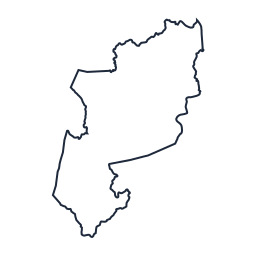 the district of Colomoncagua, Intibucá, Honduras, rotated 182°
{"feature_id": "27666195B91470082357426", "entity_name": "Colomoncagua", "entity_type": "district", "adm_level": 2, "iso_a3": "HND", "parent_name": "Honduras", "parent_adm1": "Intibucá", "projection": "natural_earth1", "projection_center": [-88.292, 13.988], "detail": "fine", "context": "isolated", "style": "outline", "palette": "slate", "viewbox_px": 256, "rotation_deg": 182, "n_neighbors": 0, "source": "geoboundaries", "source_scale": "gbopen_adm2", "svg_char_len": 5824}
<svg xmlns="http://www.w3.org/2000/svg" viewBox="0 0 256 256"><g transform="rotate(182 128 128)"><path d="M57.7,164.3L57.4,165.3L57.6,166.3L57.0,167.2L57.3,167.6L58.4,168.2L58.6,168.4L58.3,169.6L58.3,170.2L58.8,173.2L59.2,174.6L59.3,176.1L59.5,177.0L59.7,177.4L60.0,177.7L61.1,177.5L61.2,177.9L60.8,178.5L60.7,179.1L62.8,180.4L63.2,180.9L62.9,182.7L62.0,184.1L62.2,185.0L62.1,185.8L61.9,186.6L62.0,187.1L64.2,190.2L64.8,191.2L65.0,191.9L64.8,192.6L64.2,193.3L64.0,193.8L64.0,194.3L64.3,196.0L64.0,197.1L62.9,199.2L61.9,201.5L61.8,202.5L62.3,204.3L62.2,204.8L60.4,205.5L59.8,206.6L59.1,207.6L58.1,208.4L57.7,208.3L56.8,207.5L56.2,207.4L55.9,207.5L55.7,208.0L55.4,208.3L55.3,208.6L56.3,209.9L56.4,210.2L56.4,210.4L56.2,210.7L56.9,217.3L57.7,224.5L57.9,228.0L58.4,231.8L59.2,233.5L59.7,234.4L61.8,237.2L62.8,238.2L62.7,237.0L62.8,236.5L64.3,234.9L65.7,233.7L66.0,233.0L66.2,231.5L66.5,231.1L67.1,230.7L69.0,230.5L71.0,231.1L73.4,232.1L74.8,233.1L77.8,236.0L78.7,236.5L79.5,236.6L80.0,236.3L81.9,233.1L82.8,233.5L83.3,233.6L83.8,233.4L84.1,233.6L84.3,233.9L84.3,235.3L84.4,235.7L84.6,235.8L86.2,235.4L87.3,235.4L88.3,235.5L89.4,236.0L89.8,236.4L90.3,237.2L91.5,237.0L92.7,237.5L93.3,237.6L94.6,236.4L94.9,235.9L95.1,235.2L95.0,234.9L94.4,233.8L94.4,231.6L93.9,229.7L93.9,229.0L94.9,227.2L95.6,226.8L96.1,226.1L97.2,224.3L98.8,223.6L100.2,223.5L100.4,223.3L100.7,222.4L100.8,222.3L101.3,222.4L101.8,222.6L102.9,223.8L103.4,223.8L103.8,223.2L104.6,221.1L105.5,220.0L105.9,219.8L107.3,220.1L108.1,219.7L111.5,216.9L111.8,216.3L112.3,215.1L112.8,214.5L113.9,214.2L117.7,213.6L118.4,212.7L119.3,212.0L119.6,211.0L120.0,210.5L120.7,210.5L121.9,210.7L123.4,212.0L124.0,212.7L124.5,213.2L125.4,213.7L126.1,213.6L126.4,213.8L126.6,213.9L127.0,215.5L127.6,216.1L128.2,216.3L129.2,216.2L131.5,214.8L133.0,214.4L133.4,213.9L133.9,212.8L134.3,212.4L135.5,211.7L136.2,211.5L136.8,211.1L137.3,211.1L137.8,211.3L139.0,212.4L139.3,212.4L139.7,212.3L140.3,211.7L140.9,210.6L141.4,210.2L142.0,210.0L142.6,209.3L143.0,208.5L143.6,206.5L144.1,206.2L144.7,206.4L145.0,206.1L145.2,205.8L145.3,204.5L145.2,203.9L143.7,202.8L143.3,202.1L143.1,201.2L142.2,200.1L142.0,199.8L142.0,198.8L142.2,198.2L142.7,197.9L143.5,197.8L144.1,197.4L144.7,196.9L144.9,196.3L144.7,195.7L144.4,195.5L143.8,195.2L143.4,194.5L143.1,193.1L143.9,193.0L144.0,192.7L143.8,192.2L142.7,190.9L142.6,190.6L142.8,189.4L142.4,189.1L142.1,188.1L142.4,186.1L142.8,185.3L143.2,185.1L144.3,185.4L144.9,185.4L145.0,185.1L144.9,184.4L146.1,184.1L146.8,183.3L147.2,183.4L147.6,184.6L147.7,184.8L148.0,184.9L148.6,184.5L170.7,182.6L179.5,184.2L186.6,166.6L184.1,164.0L183.6,163.9L183.0,163.3L182.2,162.1L181.8,161.6L180.1,160.4L179.1,159.2L178.2,158.5L176.0,156.3L175.2,155.1L174.1,152.4L173.1,150.8L172.6,149.7L172.3,149.3L170.9,148.4L170.7,147.8L170.8,147.0L171.4,145.5L171.4,145.1L170.7,143.1L170.8,141.7L170.6,140.2L171.0,138.4L170.8,136.7L171.1,135.6L171.3,135.2L171.8,132.7L171.3,132.1L171.2,131.3L171.5,130.7L172.3,129.8L172.4,128.8L172.1,127.6L171.7,127.2L171.0,127.0L170.6,127.0L169.9,127.4L169.6,127.4L169.2,127.0L169.0,126.3L169.0,125.9L169.2,124.3L169.2,122.6L169.0,121.8L168.6,121.2L169.4,121.2L170.4,121.4L170.7,121.3L171.6,120.3L172.0,120.1L173.9,120.0L174.1,119.8L174.8,117.3L175.9,115.7L176.5,115.4L176.9,115.5L177.1,116.5L177.6,117.1L178.0,117.1L179.0,116.7L180.2,116.5L181.3,116.6L181.8,116.8L183.1,118.0L183.8,118.3L185.8,119.6L186.3,120.1L187.1,121.9L187.7,123.0L188.1,123.2L188.8,123.0L191.1,113.8L192.2,101.4L194.1,94.3L195.0,90.3L195.5,85.4L196.8,81.8L198.1,67.8L200.7,58.3L193.1,50.2L192.9,49.4L192.3,48.7L191.3,48.4L189.7,47.7L188.4,47.5L187.4,46.7L186.6,45.6L186.1,45.2L184.6,44.9L183.8,44.9L183.1,45.1L182.6,45.0L182.3,44.5L181.6,42.5L180.3,41.7L179.8,41.2L178.1,40.3L177.8,39.3L177.5,37.6L176.4,34.3L173.6,31.3L171.8,29.7L171.6,28.7L171.8,27.8L170.6,26.9L170.6,24.0L170.8,23.1L170.8,21.8L170.7,21.2L170.5,20.6L170.6,20.3L170.2,19.7L169.3,19.2L168.1,18.9L164.1,19.9L163.4,19.9L162.5,19.6L161.7,18.5L160.9,18.0L160.2,17.8L159.6,18.1L158.9,18.9L158.4,20.4L157.9,21.1L157.7,21.3L156.9,21.5L156.6,21.8L156.3,26.4L156.0,28.0L155.2,28.8L153.9,29.4L152.8,30.1L152.5,31.3L152.1,32.9L151.8,33.4L151.5,33.6L148.0,33.5L147.0,33.7L146.1,34.3L145.9,35.1L145.7,35.3L142.8,36.6L142.3,37.6L141.3,38.9L139.6,40.3L138.8,41.9L136.9,44.5L136.7,45.1L137.0,46.0L136.7,46.5L136.1,46.7L134.7,47.0L133.1,47.7L132.1,47.6L131.3,47.1L130.2,47.4L129.3,48.1L128.4,48.5L126.9,49.5L126.8,53.0L126.0,54.6L124.9,56.1L124.3,58.0L124.2,58.9L125.0,59.6L125.2,60.3L125.3,60.9L125.0,61.9L123.9,63.1L123.9,63.3L124.0,63.5L124.3,63.4L124.6,63.6L125.0,64.6L125.8,65.1L126.0,66.0L126.5,66.5L127.0,66.5L127.5,66.3L127.9,65.9L128.2,65.0L131.6,62.8L132.7,62.6L134.3,63.2L134.8,63.3L135.1,63.1L135.4,62.6L135.5,61.7L135.3,59.0L135.7,58.4L136.4,58.2L136.9,58.3L137.4,58.6L138.1,59.5L138.6,60.6L138.8,62.5L139.2,63.5L140.3,64.1L141.1,65.0L142.2,65.9L142.8,66.2L143.3,66.7L143.4,67.0L143.3,67.8L142.7,70.4L142.5,70.8L141.6,71.7L141.3,72.1L141.9,74.0L141.8,74.7L140.1,76.4L139.8,77.1L139.6,78.1L139.4,78.5L138.4,79.0L137.3,79.2L137.0,79.4L136.9,79.8L137.2,80.3L137.9,81.0L139.7,81.4L140.6,81.8L141.6,83.1L143.1,85.7L144.6,86.5L144.8,87.1L145.4,89.8L145.7,90.3L145.6,91.0L145.4,91.4L124.3,96.2L110.8,100.2L107.1,101.2L80.2,114.1L80.0,114.9L79.3,116.3L79.1,117.1L78.5,118.2L78.1,119.5L78.1,120.0L78.0,120.3L75.8,123.6L75.4,124.0L74.8,124.3L74.4,124.9L74.1,125.6L73.9,127.6L74.3,130.8L74.6,131.9L75.0,132.9L75.5,133.5L76.5,134.5L78.7,136.1L79.4,136.8L79.8,137.5L80.0,138.1L80.1,138.7L79.9,139.3L79.2,140.8L78.1,141.9L77.1,142.6L76.0,143.1L72.2,143.9L69.9,144.7L69.5,145.0L69.4,145.5L69.5,146.1L70.3,148.7L70.9,150.3L71.1,151.1L70.9,152.9L70.1,156.3L70.8,158.9L70.7,159.4L70.4,159.9L69.9,160.4L68.4,160.9L66.7,160.9L64.8,161.3L60.7,162.5L58.5,163.5L57.7,164.3Z" fill="none" stroke="#1e293b" stroke-width="2"/></g></svg>